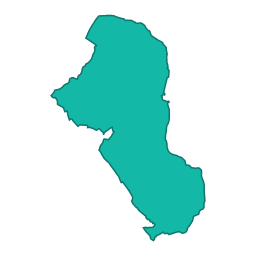 outline of Sancel, Alba, Romania
{"feature_id": "2599482B13379930489743", "entity_name": "Sancel", "entity_type": "district", "adm_level": 2, "iso_a3": "ROU", "parent_name": "Romania", "parent_adm1": "Alba", "projection": "orthographic", "projection_center": [23.953, 46.206], "detail": "fine", "context": "isolated", "style": "filled", "palette": "teal", "viewbox_px": 256, "rotation_deg": 0, "n_neighbors": 0, "source": "geoboundaries", "source_scale": "gbopen_adm2", "svg_char_len": 5739}
<svg xmlns="http://www.w3.org/2000/svg" viewBox="0 0 256 256"><path d="M202.6,209.2L203.2,208.7L203.5,208.2L203.9,207.5L204.0,207.1L203.9,205.6L204.0,204.4L204.0,203.8L204.1,202.8L204.2,202.4L204.9,201.0L204.4,193.9L204.2,191.6L204.3,189.7L204.2,189.1L204.1,186.2L204.3,185.2L203.7,182.6L203.4,181.4L202.6,179.3L201.8,177.5L201.4,175.5L201.6,172.2L201.3,169.9L199.1,168.1L197.9,167.8L196.2,168.3L191.4,167.7L189.7,165.7L188.2,165.1L186.7,165.3L185.4,163.9L185.4,162.7L184.8,160.5L184.4,160.1L183.8,159.7L183.5,159.5L182.7,158.5L182.4,158.2L181.5,157.6L181.0,157.4L180.0,157.0L179.2,156.9L178.5,156.6L178.0,156.3L177.4,155.8L177.1,155.6L175.4,155.2L173.4,154.6L172.3,154.2L171.0,153.6L170.2,153.1L169.8,152.8L168.7,151.5L168.5,151.3L168.1,150.7L167.7,149.4L167.2,147.7L167.0,146.4L167.0,144.0L166.2,140.7L165.4,139.6L165.3,138.5L165.6,134.4L166.3,131.5L166.5,127.7L166.9,125.5L167.2,124.9L168.1,123.7L168.9,121.1L169.3,117.9L169.3,109.9L169.1,109.2L168.0,105.6L167.7,104.7L167.7,103.7L167.7,102.3L169.0,102.3L168.7,101.3L168.6,101.2L167.9,101.4L166.8,101.6L165.9,101.2L165.2,100.7L163.2,100.2L162.5,99.7L162.2,99.1L162.1,98.6L162.4,97.1L161.4,96.2L161.5,95.6L163.4,94.7L164.5,95.0L164.8,94.6L164.8,93.8L164.2,93.0L163.5,92.9L167.2,77.7L168.6,77.0L168.8,74.5L169.1,70.6L168.9,70.2L168.1,69.6L167.8,69.0L168.0,68.7L167.5,68.0L167.4,67.7L167.9,67.7L168.0,67.5L167.9,67.3L167.7,64.7L167.5,64.4L167.3,63.9L167.4,63.4L167.0,62.7L166.6,61.2L167.0,60.7L166.8,60.3L166.7,58.1L166.7,55.9L167.2,54.5L166.5,50.5L166.3,49.8L166.2,47.5L165.8,47.2L165.2,46.4L163.2,44.3L162.6,42.6L159.7,40.9L158.6,40.4L157.3,39.7L156.2,38.7L155.7,38.8L155.0,38.1L153.8,37.4L153.7,37.2L153.0,36.8L152.4,36.3L151.9,36.0L150.9,34.9L150.7,34.1L150.1,32.4L150.0,31.9L149.5,31.0L149.1,30.6L148.4,30.6L148.0,30.6L147.5,29.9L146.7,29.0L146.4,28.5L145.3,26.9L145.1,26.1L144.6,25.5L144.2,25.1L143.4,24.4L142.1,23.6L140.9,22.9L140.3,22.9L139.3,23.2L138.8,23.2L137.9,23.2L137.2,23.3L136.5,23.3L135.9,23.1L135.4,22.4L133.6,21.6L131.4,20.4L130.8,20.3L129.9,20.4L127.8,20.3L127.1,20.2L126.6,20.5L126.1,20.5L125.8,20.3L124.5,19.8L124.3,19.4L124.3,19.1L123.1,18.7L122.0,18.5L120.6,18.3L120.1,18.0L119.8,18.0L119.3,17.9L117.5,17.2L115.2,16.5L114.6,16.0L112.9,15.7L112.4,15.7L111.2,15.4L109.4,15.7L109.1,15.4L108.7,15.7L108.1,15.4L106.4,15.5L106.0,15.7L105.4,15.7L103.0,15.8L100.1,15.9L99.9,15.9L99.1,15.9L99.0,16.0L97.7,17.3L96.6,18.6L96.0,19.5L95.2,20.6L94.1,22.5L92.3,25.1L89.4,30.1L87.6,34.1L87.3,35.0L87.1,35.5L86.0,37.7L85.8,38.0L95.0,44.2L95.4,44.6L95.8,45.0L96.4,45.8L95.4,46.1L95.0,46.5L94.5,47.4L94.5,48.1L94.9,49.1L94.6,51.8L93.1,54.2L91.7,58.8L89.5,61.5L88.7,62.4L87.7,63.1L85.7,64.2L85.4,65.2L85.3,65.9L83.5,66.7L83.1,67.1L82.3,68.7L81.9,71.2L81.8,71.8L80.6,74.3L78.8,75.4L78.2,76.2L77.4,79.1L76.6,79.1L73.5,77.8L72.6,77.7L71.6,77.8L70.0,78.7L69.6,79.3L69.5,79.9L69.3,81.4L69.0,82.0L67.6,83.7L66.5,83.9L65.1,84.5L64.2,85.1L63.7,85.6L63.1,86.3L62.3,87.4L59.2,89.2L57.3,89.7L54.6,90.3L54.6,90.8L54.4,91.5L54.1,92.0L52.1,94.6L51.1,95.6L51.7,96.5L52.3,97.0L52.9,97.4L53.5,97.8L53.8,97.9L54.4,97.7L55.2,97.5L55.8,98.2L57.4,100.7L57.5,104.1L58.2,104.8L60.4,106.0L63.3,107.5L64.9,111.7L67.1,111.1L68.0,115.5L69.4,120.0L70.5,119.2L71.1,119.0L71.7,119.0L72.3,119.4L72.9,120.7L77.9,126.3L79.5,125.1L81.2,125.0L83.2,125.1L84.4,125.1L86.9,125.4L87.7,125.8L87.6,127.6L89.8,127.4L90.2,127.6L90.7,127.6L91.9,128.2L93.3,128.4L94.7,129.5L96.4,130.2L97.5,129.7L97.7,129.4L98.8,128.7L99.2,128.7L101.8,131.3L102.8,132.1L103.1,132.7L103.5,133.1L103.5,134.2L103.8,134.2L104.2,132.7L110.8,127.8L112.1,127.4L112.2,127.7L112.4,129.1L112.7,129.9L112.9,130.9L113.1,131.5L114.0,131.8L113.8,132.5L112.4,134.2L111.4,136.3L108.5,139.6L107.7,139.7L106.2,139.2L104.6,139.0L103.8,139.3L103.4,140.2L102.8,142.6L102.0,143.9L101.4,144.4L100.7,145.4L100.0,146.9L99.7,148.7L98.9,150.1L99.4,150.5L100.1,151.4L100.6,152.1L102.0,154.9L103.2,156.7L103.6,157.4L104.2,158.4L106.4,160.6L107.5,161.7L108.7,162.4L109.0,162.8L109.5,163.7L109.9,164.4L110.2,164.9L110.3,165.0L110.5,165.1L111.1,166.1L113.2,168.9L115.7,172.4L117.9,175.4L118.7,176.4L118.8,176.7L119.0,177.1L119.1,177.3L119.4,178.3L119.6,178.8L119.8,179.3L120.7,181.5L121.1,182.4L121.3,182.6L122.6,181.9L122.9,182.4L124.6,184.6L125.5,185.8L126.9,187.7L128.6,190.1L128.9,190.3L128.7,190.4L129.1,190.9L132.2,196.2L132.4,196.7L132.6,197.3L132.6,197.8L132.5,199.0L132.4,199.7L131.7,200.8L131.7,201.0L132.1,202.1L132.5,202.9L132.5,203.0L132.7,203.5L134.2,205.0L135.4,206.6L136.0,207.2L136.6,207.5L137.1,207.9L138.0,209.3L139.8,211.3L140.4,211.8L141.0,212.1L141.6,212.6L141.9,213.0L143.5,214.3L144.3,214.9L144.7,215.3L145.1,215.6L145.3,215.6L145.5,215.6L145.8,215.7L145.9,215.8L145.8,216.1L145.6,216.2L145.8,216.6L146.0,216.9L146.1,217.3L146.2,217.5L146.1,217.8L146.2,218.1L146.6,218.6L147.1,218.9L147.7,219.6L148.1,219.7L149.5,219.6L149.9,219.9L150.0,220.1L149.9,221.0L150.2,221.6L150.6,221.8L151.1,222.0L152.5,222.1L152.7,222.4L152.8,223.5L154.0,223.6L154.9,224.3L154.8,224.8L154.2,226.1L153.7,226.5L152.7,227.3L152.2,227.5L151.8,227.5L150.0,227.4L147.7,227.6L147.0,227.8L146.8,227.9L146.6,227.8L146.3,227.4L145.8,227.3L143.4,227.7L144.3,229.3L146.0,231.6L148.8,234.5L150.1,236.0L150.3,236.6L150.4,237.9L150.6,238.5L151.1,239.1L153.4,240.6L154.5,239.1L154.6,238.9L154.7,237.3L155.9,236.8L156.5,235.8L158.1,234.9L159.2,234.6L163.2,232.1L164.4,233.6L165.0,233.6L166.9,233.4L167.8,233.4L168.9,234.5L171.1,234.0L171.7,233.5L172.4,233.4L172.7,233.4L174.0,232.9L174.6,232.8L175.5,232.4L176.6,232.1L179.1,231.7L179.7,231.8L181.7,233.0L182.4,233.1L183.2,233.1L185.0,232.5L185.9,232.0L186.7,231.0L187.0,230.3L187.5,228.3L187.9,227.4L189.3,226.0L192.4,221.1L193.6,216.3L198.7,214.2L199.3,211.6L200.6,209.9L202.6,209.2Z" fill="#14b8a6" stroke="#0f766e" stroke-width="1.5"/></svg>